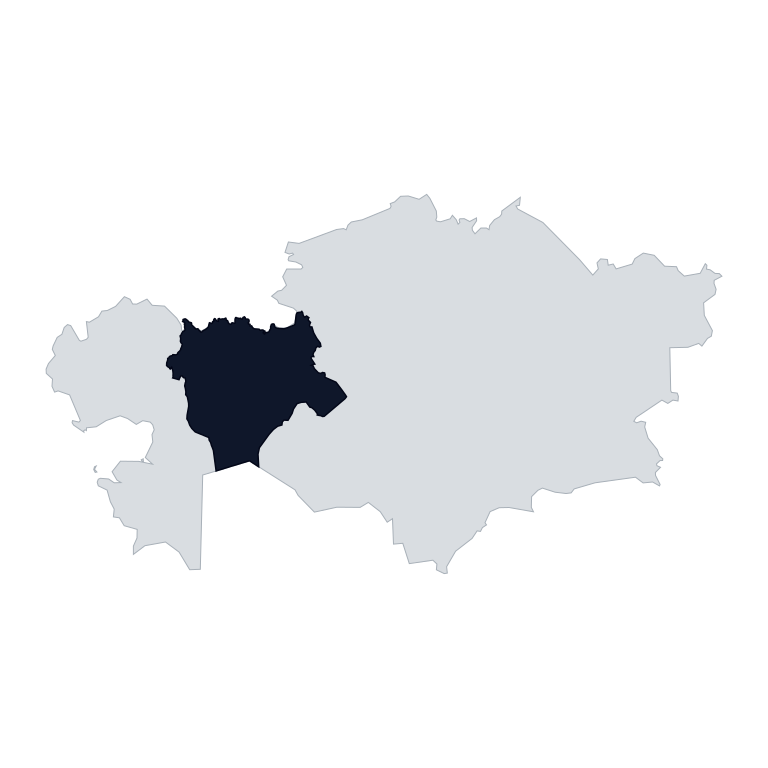 Aqtöbe highlighted on a map of Kazakhstan
{"feature_id": "KAZ-3195", "entity_name": "Aqtöbe", "entity_type": "Region", "adm_level": 1, "iso_a3": "KAZ", "parent_name": "Kazakhstan", "parent_adm1": "", "projection": "albers", "projection_center": [57.897, 48.229], "detail": "fine", "context": "in_parent", "style": "filled", "palette": "ink", "viewbox_px": 768, "rotation_deg": 0, "n_neighbors": 0, "source": "natural_earth", "source_scale": "10m", "svg_char_len": 8780}
<svg xmlns="http://www.w3.org/2000/svg" viewBox="0 0 768 768"><path d="M486.5,524.9L482.4,527.6L480.5,531.4L477.1,530.9L472.1,538.4L455.6,551.2L446.6,566.7L447.3,573.1L444.2,573.6L436.4,569.8L436.9,564.0L432.9,560.2L409.3,563.6L402.8,543.3L393.5,544.1L392.5,518.7L387.2,522.2L380.3,511.7L368.3,502.4L360.1,507.4L336.9,507.2L314.4,512.1L298.1,495.4L295.0,489.8L249.6,461.0L202.7,475.0L200.3,569.3L189.7,569.7L179.1,552.1L165.5,542.0L144.9,545.7L133.4,554.4L133.4,546.1L137.0,538.0L137.2,529.4L124.2,525.7L119.4,517.8L113.4,516.9L114.2,509.1L110.4,501.8L107.1,490.1L98.3,485.8L97.2,482.2L98.3,479.2L100.4,478.3L108.7,479.0L114.2,482.8L121.0,482.6L116.9,480.0L112.1,471.7L120.4,461.2L138.8,461.4L152.6,464.2L145.3,457.5L152.8,442.0L152.0,434.6L154.2,429.8L152.7,424.8L150.2,422.1L142.7,420.7L136.3,424.4L127.5,418.5L120.1,415.8L106.3,420.5L96.2,426.8L86.5,427.8L86.4,430.6L85.1,429.8L83.6,430.9L83.9,432.2L73.6,425.1L72.1,422.7L72.5,420.6L78.9,422.1L80.4,420.5L69.6,394.9L58.1,390.9L54.6,392.1L52.0,386.3L52.5,379.0L46.3,373.4L46.1,369.1L48.5,363.5L55.3,355.5L52.3,349.4L53.1,346.0L57.2,337.4L61.9,334.3L64.2,327.5L67.5,324.6L70.7,325.6L79.3,340.3L80.9,341.2L86.5,339.3L88.2,337.3L86.4,321.6L89.4,322.2L98.5,316.8L101.9,311.1L107.3,310.5L115.6,306.4L124.4,296.7L130.1,299.3L132.6,304.0L136.8,304.1L147.0,299.1L152.2,305.3L164.5,306.1L176.8,318.2L181.1,325.1L181.7,330.2L183.0,331.5L184.7,328.3L183.3,320.9L184.9,319.3L196.3,328.6L201.5,330.9L207.5,327.7L209.2,324.4L214.9,320.0L217.0,321.0L223.4,318.9L230.3,323.5L233.7,322.6L236.8,318.3L245.2,319.0L253.8,328.5L263.1,330.2L264.3,333.5L269.0,331.1L272.9,324.1L279.0,328.3L287.4,327.6L294.5,323.0L297.2,313.4L296.6,311.0L293.4,308.1L278.8,303.3L277.4,300.2L271.6,296.2L277.8,291.1L281.6,290.3L286.5,285.3L282.7,276.8L286.7,269.0L301.2,269.0L302.8,267.4L301.6,264.8L295.9,262.0L288.7,260.8L288.1,259.6L289.0,256.7L293.6,254.5L292.6,253.1L289.2,254.0L285.0,252.4L288.4,242.0L299.1,243.4L336.6,229.5L343.6,228.6L346.2,229.8L348.0,225.1L351.3,222.0L362.3,219.8L390.0,208.4L391.1,206.3L390.2,203.6L394.7,201.9L400.6,196.3L408.3,196.0L419.1,199.3L426.7,194.4L429.9,198.4L436.3,211.0L436.8,217.1L435.8,219.9L436.6,221.1L440.5,221.8L450.2,218.8L452.4,215.3L456.3,219.8L458.1,224.2L459.9,222.4L459.1,220.1L459.8,218.8L464.3,218.7L469.7,221.5L476.5,217.9L476.6,220.8L472.1,227.5L472.4,230.3L475.0,233.8L480.9,228.0L486.4,228.0L489.0,229.7L489.7,225.4L494.4,219.7L499.7,216.7L501.6,214.2L501.8,211.0L520.3,197.3L519.5,205.3L516.0,206.0L517.7,209.0L542.9,222.5L579.6,259.7L592.8,275.1L598.3,268.9L597.0,262.9L600.6,258.9L607.4,259.5L608.2,265.2L613.2,264.0L616.1,268.9L632.2,264.1L634.9,258.6L643.3,253.1L654.2,255.3L664.6,266.2L676.5,266.7L678.2,270.7L684.3,276.1L700.2,273.3L705.3,263.7L706.9,265.3L706.5,269.1L710.1,269.8L715.0,273.4L719.3,273.6L721.9,276.2L714.2,280.3L714.0,283.4L716.1,289.3L715.0,294.4L703.6,302.8L704.3,315.4L712.4,330.6L711.3,336.2L707.5,338.4L701.9,346.1L698.7,343.4L687.9,347.3L669.8,347.7L670.7,390.6L671.5,392.4L677.2,393.1L678.4,396.3L678.0,401.0L672.9,400.1L667.8,403.4L661.9,400.1L636.2,417.3L633.8,421.3L636.6,422.8L641.1,421.2L645.7,422.3L644.7,427.0L648.1,438.2L657.3,449.7L659.5,455.8L662.8,458.8L662.6,460.5L660.0,460.6L656.5,463.9L656.9,465.7L660.5,467.3L655.4,472.5L655.5,475.4L660.1,484.5L659.5,485.9L652.6,482.0L643.1,482.9L635.5,477.2L595.0,482.8L574.2,488.9L571.1,492.9L566.0,493.5L555.1,492.2L542.4,488.1L537.9,490.3L531.6,496.6L531.3,507.4L533.5,511.8L509.1,507.5L499.2,507.7L490.1,511.6L485.0,522.7L486.5,524.9ZM96.9,472.0L95.2,472.4L93.7,469.5L94.5,466.8L96.2,466.0L94.5,469.3L96.9,472.0ZM143.4,461.5L141.9,461.0L141.2,459.8L143.2,458.8L143.4,461.5Z" fill="#d9dde1" stroke="#a8b0b8" stroke-width="1"/><path d="M258.7,466.8L257.1,465.8L254.8,464.2L253.0,463.1L251.9,462.3L251.5,462.1L250.1,461.1L249.6,460.9L249.1,460.9L247.7,461.3L246.6,461.6L245.5,462.0L244.4,462.3L243.3,462.6L242.3,462.9L241.3,463.2L240.2,463.6L239.2,463.9L236.9,464.6L234.6,465.3L232.4,465.9L230.1,466.6L228.4,467.2L226.7,467.7L225.0,468.2L223.3,468.8L221.6,469.3L219.9,469.8L218.2,470.3L216.4,470.9L216.1,471.0L216.1,470.9L213.4,450.5L212.2,447.2L211.4,445.3L211.0,443.7L210.6,442.4L209.2,440.2L208.8,437.5L195.2,431.9L191.8,428.4L189.7,425.1L188.3,421.1L186.9,418.9L187.1,415.2L188.7,406.3L188.6,403.2L187.3,396.7L185.7,394.7L185.9,391.9L185.4,388.7L184.7,385.9L185.3,382.7L185.7,382.2L185.8,380.8L185.1,377.9L183.6,377.7L182.9,377.0L182.4,376.0L181.4,375.8L180.7,376.3L179.9,377.5L179.0,379.7L172.7,377.9L173.1,377.1L173.0,375.8L173.1,373.4L172.8,370.5L171.7,367.3L170.4,369.0L169.7,368.6L169.6,367.8L167.7,366.7L166.6,365.5L166.7,362.9L167.7,360.0L167.7,358.4L168.6,358.2L169.3,356.8L170.2,356.1L172.3,355.6L172.8,354.7L173.6,354.7L175.7,354.9L177.6,354.1L177.7,353.0L178.4,352.1L179.5,351.2L180.5,350.0L180.8,348.6L181.6,347.0L181.8,346.0L182.3,344.5L181.9,343.5L181.1,342.9L180.4,341.3L180.7,338.6L180.1,335.9L181.2,334.8L181.6,333.5L182.8,331.6L183.6,331.3L184.5,330.6L185.0,329.8L185.0,329.0L184.5,327.1L184.6,326.6L184.8,325.6L184.8,325.1L184.7,324.9L184.5,324.6L184.5,324.4L184.5,324.2L184.8,323.8L184.9,323.6L184.7,322.5L183.9,322.0L182.9,321.7L182.6,321.3L182.8,321.1L183.1,321.0L183.3,320.7L183.0,319.7L183.2,319.4L183.5,319.3L184.9,318.9L185.3,318.9L185.6,319.0L186.0,319.2L186.6,319.8L187.6,320.4L187.9,320.8L188.4,321.4L188.9,322.0L191.4,322.8L191.6,323.4L191.5,324.4L191.9,325.1L195.4,328.6L195.7,328.9L196.0,329.0L196.3,329.0L197.2,328.8L197.6,328.8L198.0,328.9L198.4,329.2L198.6,329.6L198.7,330.0L198.9,330.4L199.6,330.7L199.9,331.0L200.4,331.7L201.1,332.3L201.6,332.1L202.8,330.9L205.6,329.4L208.0,327.4L208.4,326.9L209.1,323.8L209.3,323.2L209.4,322.8L209.7,322.7L211.0,323.4L211.5,323.5L212.0,323.4L212.3,323.1L212.5,322.7L212.6,321.8L212.8,321.5L213.6,321.4L213.9,321.1L213.9,320.7L213.7,320.0L213.8,319.6L213.9,319.3L214.2,319.0L214.7,318.6L215.2,318.8L216.6,320.9L216.9,321.1L218.1,321.3L218.4,321.3L218.4,321.0L218.3,320.6L218.0,319.8L218.0,319.3L218.2,318.9L218.6,318.7L218.9,318.6L219.3,318.5L219.5,318.6L220.1,319.1L220.5,319.3L221.0,319.3L221.4,319.1L221.8,319.0L222.2,318.9L223.6,319.0L224.3,318.8L225.4,318.2L225.7,318.1L225.9,318.2L226.1,318.8L226.2,319.8L226.3,320.2L226.6,320.4L227.0,320.4L227.3,320.5L227.6,320.7L227.8,321.2L228.0,321.6L228.2,322.5L228.3,322.9L228.5,323.3L228.8,323.6L229.9,324.2L230.3,324.3L230.7,324.3L231.1,324.1L231.4,323.8L231.6,323.4L231.8,323.0L232.2,322.8L232.8,322.9L234.3,323.4L234.9,323.1L235.1,322.3L235.1,321.5L235.0,319.8L235.1,318.8L235.4,318.2L235.6,317.6L236.1,317.5L236.8,318.0L237.1,318.0L237.9,318.0L238.1,318.1L238.3,318.3L238.6,318.7L239.2,318.5L239.4,318.4L240.6,318.2L240.8,318.3L240.8,318.5L241.2,319.0L241.6,319.2L242.1,319.3L242.4,319.0L242.6,318.6L242.8,318.0L243.0,317.5L243.3,317.3L243.7,317.2L244.3,316.8L244.6,317.0L245.1,317.5L245.3,317.9L245.3,318.2L245.4,318.6L245.5,318.9L245.8,319.0L247.8,319.1L248.5,319.4L249.0,320.1L249.1,321.1L249.0,321.6L248.9,322.0L248.6,322.3L248.4,322.6L248.2,322.9L248.3,323.4L248.5,323.9L248.7,324.2L249.0,324.2L249.8,324.2L250.0,324.4L249.9,325.4L249.9,325.8L250.2,326.1L250.6,326.1L251.1,326.0L251.6,325.9L251.9,326.2L252.2,327.1L252.3,327.4L252.6,327.7L253.9,328.6L254.5,328.9L258.9,329.2L259.3,329.3L259.6,329.7L259.8,330.1L260.0,330.3L260.5,330.4L262.0,330.0L262.9,330.0L263.5,330.4L263.9,330.7L264.8,331.1L265.0,331.2L264.9,331.9L264.5,332.1L263.6,332.0L263.2,332.4L263.1,332.8L263.4,333.1L264.4,334.0L264.9,333.7L265.4,333.1L266.0,332.6L266.8,332.5L267.6,332.5L268.4,332.3L269.1,331.6L269.8,330.0L270.0,329.7L270.5,329.0L270.7,328.7L270.7,328.2L270.6,327.3L270.6,326.8L270.7,326.4L271.3,324.6L271.4,324.4L271.6,324.3L272.3,324.0L273.3,323.9L274.1,324.2L274.4,325.1L274.5,326.1L274.9,326.8L275.4,327.4L276.0,327.8L276.9,328.2L283.8,328.8L285.4,328.5L289.9,326.8L294.3,325.0L294.8,324.5L295.1,323.7L295.3,322.6L295.5,320.3L295.6,319.6L296.1,315.2L296.4,314.0L296.9,313.3L297.6,312.8L298.4,312.6L298.2,312.5L298.6,312.4L300.9,312.2L301.8,311.4L302.7,312.8L302.9,314.2L303.4,315.7L304.6,317.2L306.6,316.0L308.9,317.7L308.4,318.4L308.2,320.1L310.5,322.4L309.5,325.0L309.8,326.5L310.4,327.0L311.9,326.9L313.7,332.9L316.7,338.3L320.3,343.2L320.9,346.4L319.4,347.1L317.6,346.3L315.9,347.8L315.2,350.5L313.7,352.3L313.0,354.5L313.8,356.6L311.6,356.6L311.0,357.6L311.3,358.7L314.8,364.1L313.1,364.4L311.4,365.3L313.0,365.7L314.4,368.7L318.4,372.9L321.0,373.4L322.4,372.5L324.6,372.9L325.1,374.7L324.9,377.3L336.0,382.2L341.9,390.0L345.6,395.2L346.5,396.7L345.0,398.7L324.2,416.3L322.6,416.5L320.6,415.6L318.9,415.4L317.2,415.0L317.5,413.9L314.7,410.1L311.9,407.7L309.8,407.1L306.2,402.0L301.3,402.3L297.1,403.6L293.5,409.0L292.1,413.4L288.0,420.3L284.0,420.1L282.3,421.9L281.9,425.0L277.7,426.2L273.4,429.5L269.1,434.3L259.4,447.7L258.0,454.1L258.7,466.8Z" fill="#0f172a" stroke="#020617" stroke-width="1.5"/></svg>